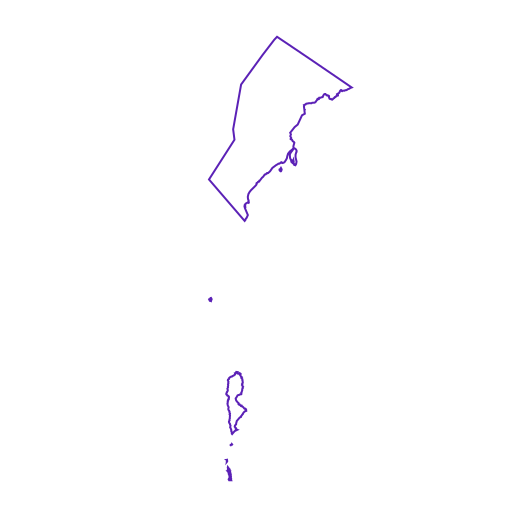 Mexicali, Baja California, Mexico, rotated 39°
{"feature_id": "50627088B84599572497035", "entity_name": "Mexicali", "entity_type": "district", "adm_level": 2, "iso_a3": "MEX", "parent_name": "Mexico", "parent_adm1": "Baja California", "projection": "robinson", "projection_center": [-113.946, 30.648], "detail": "fine", "context": "isolated", "style": "outline", "palette": "violet", "viewbox_px": 512, "rotation_deg": 39, "n_neighbors": 0, "source": "geoboundaries", "source_scale": "gbopen_adm2", "svg_char_len": 6081}
<svg xmlns="http://www.w3.org/2000/svg" viewBox="0 0 512 512"><g transform="rotate(39 256 256)"><path d="M225.1,235.9L225.1,234.7L224.6,233.5L224.7,232.2L223.9,229.3L217.0,225.6L215.8,224.6L215.7,224.2L216.1,224.0L216.0,223.9L215.6,224.3L215.4,224.0L215.8,223.6L215.9,223.8L216.0,223.8L215.8,223.6L215.4,223.9L215.1,223.5L215.0,222.6L215.1,221.5L215.8,219.8L216.8,219.4L216.6,218.7L215.9,218.5L215.7,218.0L215.4,217.9L215.2,217.4L214.0,216.8L212.4,215.2L211.1,212.6L210.7,210.1L210.7,208.0L211.4,201.7L211.4,200.2L211.1,199.6L210.6,199.2L210.6,198.9L210.8,198.7L211.0,197.9L210.9,197.2L211.6,196.2L211.2,195.5L211.5,195.2L211.4,191.3L211.7,189.9L211.5,187.2L212.1,186.6L212.1,186.1L212.5,185.3L212.3,185.0L212.4,184.5L213.2,183.9L213.6,181.3L213.3,177.2L214.5,172.5L215.1,171.1L215.3,170.1L216.1,169.5L216.6,167.2L216.9,167.0L217.8,167.3L218.2,167.0L218.9,165.8L219.1,164.8L218.8,162.1L218.4,160.4L217.5,158.8L216.5,156.2L216.5,153.4L217.2,150.3L217.2,148.3L217.3,148.1L216.4,147.7L215.9,147.0L214.5,143.8L213.5,143.5L212.3,143.7L210.8,143.0L209.4,143.4L209.2,143.2L209.3,142.6L209.1,142.1L207.2,141.3L206.6,139.5L205.0,138.7L204.9,131.5L205.7,127.6L203.2,117.7L204.4,114.7L202.2,112.6L202.0,112.1L201.9,112.2L199.2,109.7L198.8,108.7L198.3,108.5L198.6,107.8L199.2,107.0L199.1,106.2L199.6,105.5L200.4,104.8L200.5,104.4L201.9,103.2L203.0,102.4L203.2,101.6L205.1,99.9L205.4,98.4L205.2,97.4L205.3,96.4L205.0,95.8L204.9,95.1L205.3,94.8L205.6,95.0L206.0,94.8L206.1,94.5L205.5,94.0L205.5,93.2L206.5,92.5L207.0,91.4L207.8,90.6L207.3,88.9L207.2,87.9L207.2,87.4L207.6,86.7L208.0,86.4L209.7,86.7L210.3,86.5L210.5,86.1L210.8,86.2L211.5,85.7L211.8,85.7L212.1,86.1L212.3,86.0L212.6,86.3L212.8,86.7L214.2,87.5L215.0,87.3L215.5,86.7L216.2,86.8L216.8,86.6L217.0,85.8L217.0,84.7L217.4,84.1L217.2,83.0L217.7,82.6L217.8,82.2L217.7,80.9L218.4,80.2L218.7,79.7L218.5,79.4L217.4,79.5L217.1,79.3L218.0,76.8L217.8,75.9L217.5,75.2L217.5,73.9L217.6,73.5L217.9,73.4L218.8,73.8L219.2,73.7L219.5,72.8L220.8,71.8L221.0,71.0L222.0,70.1L222.3,68.8L223.2,67.3L223.6,66.0L224.3,64.8L172.0,69.1L134.4,72.4L134.1,76.4L134.6,95.5L136.5,132.1L158.5,171.9L166.1,179.2L171.3,226.1L225.1,235.9ZM318.2,357.2L317.2,357.3L317.4,358.0L316.5,358.5L316.1,358.4L316.0,358.7L315.7,358.9L315.2,358.8L315.1,358.5L314.9,358.8L314.6,358.8L314.5,358.3L314.8,357.9L314.7,357.8L313.6,358.5L313.9,359.4L313.6,360.0L313.9,360.0L313.8,360.6L314.2,360.9L314.3,361.5L314.0,362.2L313.9,363.0L313.4,363.8L313.2,364.8L312.6,365.3L312.5,365.9L312.1,366.5L311.9,367.7L312.2,368.0L312.4,368.7L312.0,369.6L312.4,370.4L313.8,371.1L314.1,371.9L314.8,372.5L314.9,373.3L315.7,373.9L316.2,374.8L316.3,375.2L316.9,375.6L317.3,377.2L318.2,377.7L318.8,378.4L319.0,379.3L318.9,379.6L319.2,380.1L319.1,380.5L319.7,381.6L319.7,382.0L320.5,382.3L321.0,382.2L321.5,382.5L322.2,382.2L322.9,382.5L323.3,382.3L323.9,382.7L324.5,384.2L324.9,384.2L325.0,384.4L325.1,385.1L325.0,385.3L324.8,385.3L324.9,385.7L325.5,386.3L325.4,386.7L326.3,387.7L326.4,388.1L326.8,388.5L326.8,388.8L328.3,390.0L329.5,390.5L330.0,390.9L330.6,392.1L331.0,392.6L332.5,393.4L332.4,393.3L332.6,393.2L333.1,393.6L333.5,393.7L334.0,394.5L335.0,394.8L335.2,395.3L335.2,395.5L335.3,395.5L335.5,395.9L336.1,396.2L337.1,397.8L337.8,398.5L338.2,399.7L339.0,400.4L339.1,401.1L339.0,401.4L339.4,402.0L340.6,402.7L341.2,402.7L341.9,403.4L342.8,403.7L343.8,405.5L344.5,405.7L346.4,406.8L346.8,407.6L347.7,407.9L349.0,409.3L349.5,409.4L349.6,405.5L350.8,402.9L350.2,403.1L349.2,403.0L349.0,402.8L348.9,403.0L348.7,402.8L348.8,402.5L346.9,402.1L346.3,400.9L346.5,399.4L345.8,398.4L345.6,397.8L344.9,396.4L345.0,391.7L345.6,390.5L345.2,390.0L345.3,388.8L345.1,388.0L345.3,387.2L345.0,386.8L344.9,385.3L345.1,383.8L345.9,382.5L344.9,381.5L344.4,381.8L344.0,381.6L343.9,382.0L343.9,381.8L343.3,381.8L343.3,381.7L342.8,381.9L341.8,381.6L340.3,381.5L338.8,382.1L338.5,382.0L338.5,381.5L337.5,381.9L337.3,381.7L337.3,381.4L337.2,381.6L336.7,381.6L336.3,382.2L335.7,382.2L335.0,381.3L334.0,381.3L331.6,380.8L330.0,379.7L329.8,379.4L329.8,378.3L329.4,375.9L329.9,375.0L330.2,374.8L330.6,373.7L331.5,372.8L331.5,372.4L330.6,371.6L330.7,371.2L330.4,370.7L329.8,369.0L329.0,368.1L329.0,367.2L328.3,366.5L328.3,365.8L327.4,365.6L327.0,365.2L326.4,365.1L326.4,364.6L325.7,364.3L325.6,363.1L325.4,362.7L325.1,362.6L324.3,361.5L323.7,361.3L323.0,360.3L321.6,360.1L321.5,359.7L321.1,359.6L321.2,359.1L319.8,359.0L318.9,358.5L318.4,358.5L318.3,358.2L318.4,357.4L318.2,357.2ZM222.0,149.5L221.1,148.5L220.2,148.1L219.0,147.9L217.9,148.5L217.7,149.5L217.9,151.2L217.9,153.0L218.1,154.9L218.6,156.1L220.7,158.3L222.5,159.3L223.2,159.1L223.6,159.5L223.9,159.4L223.7,160.1L224.3,160.6L224.8,160.6L225.3,160.1L225.5,160.2L225.6,160.7L226.2,160.8L226.4,160.6L226.1,159.3L224.8,158.2L224.7,157.9L225.9,158.9L226.6,160.1L227.5,160.5L228.0,160.4L228.0,160.9L228.1,161.1L228.6,161.1L228.8,160.9L229.5,160.7L229.3,159.3L228.1,157.1L224.6,154.4L223.0,152.4L221.9,149.8L222.0,149.6L222.3,150.0L222.0,149.5ZM368.8,438.3L367.0,437.8L367.2,438.2L368.2,439.0L368.7,440.0L369.1,440.2L369.2,440.6L369.0,441.0L370.0,441.0L370.2,441.3L370.9,441.4L372.0,442.6L373.6,443.3L373.7,443.7L374.5,444.1L375.0,445.2L375.2,446.3L375.5,446.4L375.5,446.9L376.3,447.2L377.9,445.9L377.4,445.6L377.0,444.8L375.9,444.2L375.6,443.4L374.6,442.6L374.1,441.8L371.4,439.8L371.3,439.5L371.1,439.6L370.6,439.4L370.0,438.6L369.8,438.6L369.6,438.4L369.1,438.5L368.8,438.3ZM222.1,174.4L221.9,173.5L221.4,172.5L220.0,171.9L220.1,172.6L220.3,173.0L219.8,173.8L220.0,174.3L221.0,174.7L222.0,174.6L222.1,174.4ZM247.4,316.9L247.2,317.2L247.5,317.5L247.5,318.1L246.9,318.9L247.1,319.1L247.3,319.0L247.2,319.3L247.8,319.4L247.9,319.9L247.6,320.6L248.0,319.9L249.4,319.4L249.1,318.9L248.9,317.8L248.6,317.4L247.4,316.9ZM361.7,432.7L361.4,433.0L361.6,433.0L361.9,433.3L362.0,433.8L362.0,433.6L362.3,433.8L362.5,433.6L362.9,434.3L362.9,433.8L362.5,433.4L362.4,433.3L362.4,433.5L361.7,432.7ZM356.1,417.5L355.6,417.4L355.7,417.7L355.4,418.3L355.2,418.4L354.9,418.0L355.2,418.9L355.5,418.9L355.5,418.5L356.1,417.8L356.1,417.5Z" fill="none" stroke="#5b21b6" stroke-width="2"/></g></svg>